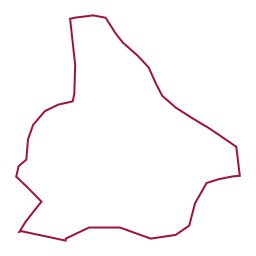 Hanam-si, Gyeonggi, South Korea
{"feature_id": "91817680B2886775060222", "entity_name": "Hanam-si", "entity_type": "district", "adm_level": 2, "iso_a3": "KOR", "parent_name": "South Korea", "parent_adm1": "Gyeonggi", "projection": "robinson", "projection_center": [127.209, 37.523], "detail": "fine", "context": "isolated", "style": "outline", "palette": "rose", "viewbox_px": 256, "rotation_deg": 0, "n_neighbors": 0, "source": "geoboundaries", "source_scale": "gbopen_adm2", "svg_char_len": 644}
<svg xmlns="http://www.w3.org/2000/svg" viewBox="0 0 256 256"><path d="M239.8,175.8L236.3,146.8L219.1,135.0L206.7,126.7L204.3,125.5L190.7,117.2L175.9,107.7L162.3,95.9L156.1,84.0L148.7,67.5L137.6,55.6L122.8,42.6L115.4,33.1L105.6,17.7L93.2,15.4L74.7,17.7L70.1,18.8L75.2,65.0L74.3,94.1L72.7,101.4L58.3,104.6L44.9,111.1L33.1,124.9L28.0,139.4L26.6,156.4L26.3,159.6L18.7,166.1L16.2,176.6L27.2,187.1L41.5,201.7L38.1,205.8L25.5,221.9L19.4,231.8L21.5,231.2L65.6,240.6L65.8,238.6L89.0,227.5L119.8,227.5L150.7,238.6L175.7,234.9L189.2,225.6L195.0,203.4L206.6,183.0L218.2,179.3L232.7,176.4L239.8,175.8Z" fill="none" stroke="#9f1239" stroke-width="2"/></svg>